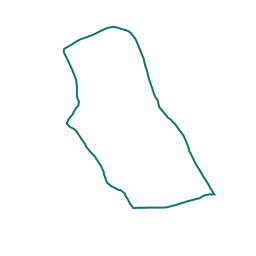 Gee, Grand Kru, Liberia, rotated 330°
{"feature_id": "62588387B93003043713282", "entity_name": "Gee", "entity_type": "district", "adm_level": 2, "iso_a3": "LBR", "parent_name": "Liberia", "parent_adm1": "Grand Kru", "projection": "mercator", "projection_center": [-8.155, 4.936], "detail": "fine", "context": "isolated", "style": "outline", "palette": "teal", "viewbox_px": 256, "rotation_deg": 330, "n_neighbors": 0, "source": "geoboundaries", "source_scale": "gbopen_adm2", "svg_char_len": 1493}
<svg xmlns="http://www.w3.org/2000/svg" viewBox="0 0 256 256"><g transform="rotate(330 128 128)"><path d="M167.7,118.3L167.2,116.2L167.4,112.2L168.7,106.4L170.2,98.8L170.9,95.0L171.4,93.3L173.0,88.2L174.1,82.7L176.1,76.1L177.2,68.6L178.2,60.9L178.9,55.8L178.5,50.2L177.7,46.5L176.1,43.2L172.1,39.3L168.6,35.2L167.6,34.5L165.0,32.6L159.9,31.0L154.6,30.4L145.9,29.9L139.2,29.0L135.6,28.4L131.4,27.4L126.4,27.3L119.6,27.6L112.3,27.5L110.3,30.0L110.0,34.5L109.8,39.3L108.7,50.3L108.4,52.0L107.7,57.3L107.0,60.6L104.7,66.1L102.4,70.2L100.6,73.2L99.2,76.4L98.9,78.6L98.6,80.8L96.3,83.7L93.1,84.7L90.4,86.2L86.8,88.5L84.1,89.4L81.0,90.7L77.7,93.1L77.1,93.6L78.4,98.2L80.2,101.0L80.9,102.3L81.6,104.1L82.1,111.2L82.1,112.9L82.8,120.2L82.4,122.8L83.5,129.8L83.9,131.4L85.1,136.2L85.2,139.9L85.6,145.9L85.6,147.4L85.0,153.8L84.2,155.5L83.5,159.1L82.9,162.1L82.7,163.9L82.7,165.1L84.5,170.5L85.4,171.2L88.7,176.9L90.4,177.9L92.5,183.2L92.1,184.8L92.1,191.5L91.9,194.5L92.6,200.1L98.5,203.0L99.6,203.8L109.1,208.9L111.2,210.3L120.5,215.5L122.7,216.3L132.9,219.1L134.5,219.3L144.4,221.6L146.4,222.2L155.1,224.6L157.2,224.5L160.4,224.5L165.4,226.3L169.6,228.7L169.2,220.9L169.4,218.3L169.2,210.5L168.9,208.5L169.0,201.5L168.9,199.0L168.7,192.1L168.8,190.9L169.6,180.8L169.4,179.1L170.3,176.5L171.2,171.1L171.6,168.3L172.3,162.5L171.9,158.6L171.5,156.3L170.7,147.8L169.8,145.2L169.4,142.5L167.7,138.7L167.4,136.0L166.0,128.3L165.4,125.9L167.7,118.3Z" fill="none" stroke="#0f766e" stroke-width="2"/></g></svg>